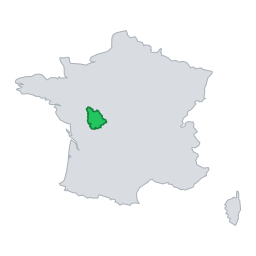 France, with Vienne highlighted
{"feature_id": "FRA-5354", "entity_name": "Vienne", "entity_type": "Metropolitan department", "adm_level": 1, "iso_a3": "FRA", "parent_name": "France", "parent_adm1": "", "projection": "equal_earth", "projection_center": [0.44, 46.607], "detail": "fine", "context": "in_parent", "style": "filled", "palette": "green", "viewbox_px": 256, "rotation_deg": 0, "n_neighbors": 0, "source": "natural_earth", "source_scale": "10m", "svg_char_len": 5939}
<svg xmlns="http://www.w3.org/2000/svg" viewBox="0 0 256 256"><path d="M205.3,98.5L203.5,99.4L202.4,101.2L201.2,101.7L199.1,101.7L198.0,100.5L195.4,101.3L194.4,102.4L196.0,103.8L191.1,109.7L187.9,111.3L187.3,115.1L183.6,118.0L182.2,121.1L182.1,121.7L183.1,122.7L182.8,124.7L180.8,126.0L180.9,127.2L181.5,127.4L184.4,126.4L185.5,125.2L184.9,123.6L187.8,121.6L193.2,122.1L194.0,124.7L193.4,127.0L197.4,131.8L194.1,134.0L194.0,135.5L197.6,140.4L199.9,142.4L198.8,145.6L195.2,147.8L192.8,147.6L191.8,148.1L192.0,149.1L193.7,152.1L197.8,154.0L198.5,156.3L197.4,157.1L195.7,160.5L196.5,162.2L196.2,162.9L196.7,164.1L197.8,165.2L203.4,168.1L208.4,167.6L209.1,169.3L206.2,173.7L206.5,175.8L204.9,175.8L204.7,176.5L201.6,178.0L196.8,182.5L194.5,183.9L193.6,186.2L192.3,187.5L185.1,190.1L183.7,189.5L180.2,189.6L178.0,187.9L173.8,186.9L172.3,184.5L168.4,184.0L168.1,182.4L162.7,183.9L154.9,181.7L152.1,179.3L149.9,180.0L147.9,182.1L139.7,187.6L136.4,193.4L137.2,200.1L139.1,203.4L134.0,202.9L131.0,203.9L130.2,205.3L123.0,203.7L120.3,205.1L119.6,205.0L118.6,203.5L115.1,201.9L115.6,200.8L115.1,199.8L111.8,199.0L110.6,200.0L109.4,198.0L100.0,195.0L98.5,195.0L97.9,198.1L91.9,198.0L91.1,197.4L87.2,198.1L83.1,195.2L78.5,195.8L75.7,192.9L73.0,192.7L69.2,191.2L67.4,190.4L67.2,189.5L66.1,190.8L64.7,190.5L64.3,190.1L65.3,188.5L65.5,186.6L60.7,185.3L59.5,183.9L59.4,183.2L62.0,182.5L64.4,179.9L66.7,170.5L68.4,159.5L69.5,157.4L71.0,156.8L69.8,155.3L68.4,157.3L69.4,147.2L71.1,139.7L75.1,142.8L76.0,144.1L77.1,148.6L79.4,150.5L77.9,148.7L76.5,142.7L75.6,141.0L69.3,136.0L69.1,134.9L71.9,135.5L70.8,131.8L70.2,124.0L66.4,123.2L60.3,119.9L56.2,114.0L55.7,111.8L56.9,109.5L55.9,108.0L54.2,107.0L55.6,105.0L56.8,104.8L61.2,106.0L57.6,104.1L51.8,104.7L49.5,104.1L49.1,102.7L50.7,100.9L48.8,99.8L45.5,100.1L45.1,99.6L46.1,98.3L45.2,97.8L42.5,98.3L41.0,97.9L39.5,96.5L35.2,96.2L34.2,95.3L28.2,93.7L21.9,94.0L20.2,91.1L16.4,89.7L17.2,88.8L21.1,87.9L21.8,87.1L19.1,85.9L18.1,84.8L23.2,84.5L21.0,83.2L16.0,83.3L15.4,81.6L16.1,79.9L19.0,78.3L26.3,76.6L31.5,76.5L35.3,74.5L38.9,74.0L42.4,75.0L47.0,79.9L50.8,77.7L56.4,77.8L57.6,79.0L59.1,76.8L60.3,78.1L67.2,77.7L65.6,76.8L64.3,74.7L64.1,67.0L60.7,61.4L59.9,59.4L60.1,57.6L64.2,58.0L67.6,57.2L69.2,57.7L69.5,61.3L70.9,63.4L80.3,64.0L85.7,65.1L90.3,63.1L94.5,62.2L94.9,61.7L92.4,61.9L90.2,61.0L89.9,60.1L91.0,57.3L97.5,54.2L107.0,51.6L109.5,49.9L112.2,46.7L111.6,45.9L112.0,37.4L113.3,34.6L116.9,32.6L126.1,30.6L127.3,33.3L127.2,34.8L129.7,37.2L130.9,37.9L134.9,36.7L136.8,38.9L137.5,41.4L142.3,42.4L143.8,45.7L144.7,45.0L147.7,45.1L149.1,45.4L151.1,46.8L150.6,48.8L151.5,49.7L150.7,51.6L151.3,52.3L156.9,52.3L158.5,51.5L159.2,49.7L160.9,48.6L161.5,48.9L160.6,52.3L161.4,53.2L161.8,55.6L163.9,55.8L168.1,57.8L171.7,61.0L175.9,60.5L179.4,62.2L182.8,61.3L186.1,62.3L187.3,63.2L190.6,67.8L192.9,66.9L194.6,67.4L195.2,68.7L201.4,67.9L202.6,69.2L203.9,69.7L212.0,71.4L212.2,73.1L207.8,78.0L206.1,85.0L204.8,87.4L204.4,89.2L204.8,90.4L204.7,92.3L203.9,96.9L204.5,98.2L205.3,98.5ZM238.9,195.7L238.6,198.7L239.8,200.9L240.6,209.7L238.4,214.0L238.2,219.2L235.5,225.4L230.7,222.6L229.2,221.1L230.4,218.7L227.6,217.5L228.2,215.2L227.9,214.0L226.0,213.9L225.8,213.3L227.1,211.6L227.1,210.5L225.2,209.1L224.8,207.9L226.5,206.5L225.7,205.3L224.7,205.0L226.9,201.0L228.4,199.8L232.0,198.6L233.5,197.2L235.9,198.0L236.3,197.6L236.8,191.3L237.6,191.2L238.4,192.0L238.9,195.7ZM69.7,132.2L69.1,134.0L66.7,130.9L66.4,129.3L69.7,132.2Z" fill="#d9dde1" stroke="#a8b0b8" stroke-width="1"/><path d="M100.4,127.6L99.2,127.5L98.9,127.7L98.6,128.0L98.1,128.4L97.4,128.6L96.6,128.5L96.1,128.0L96.0,127.7L95.8,127.6L95.6,127.6L95.4,127.7L95.2,127.8L94.9,128.3L95.4,128.6L95.1,129.1L94.9,129.2L94.3,129.0L92.5,129.0L92.2,128.9L91.5,128.5L91.1,128.4L91.1,128.1L91.1,127.9L91.2,127.7L91.1,127.2L90.9,127.1L90.1,126.8L89.9,126.7L89.7,126.5L89.7,126.4L89.7,126.2L89.8,125.9L89.9,125.6L90.5,124.9L90.7,124.6L90.8,124.1L90.7,123.6L90.4,123.4L90.1,123.4L89.8,123.5L89.5,123.7L89.3,124.0L89.1,124.1L88.7,123.9L88.5,123.5L88.3,123.2L88.4,122.8L88.4,122.7L88.0,122.3L87.8,122.0L87.9,121.3L87.8,120.9L87.6,120.7L87.5,120.4L87.5,120.0L87.6,119.9L87.9,119.5L88.3,118.5L88.4,118.3L88.3,118.1L87.9,117.9L87.7,117.7L87.6,117.2L87.7,116.9L87.8,116.6L88.1,116.2L88.2,115.7L88.3,115.5L88.3,115.3L88.2,115.2L87.9,115.0L87.8,114.8L87.8,114.6L87.8,114.0L87.8,113.7L88.0,113.7L88.3,113.7L88.5,113.5L88.5,113.2L88.4,113.1L88.1,112.8L87.9,112.5L87.4,111.2L87.5,110.8L87.5,110.7L87.4,110.5L87.3,110.4L87.0,110.4L86.9,110.3L86.8,110.2L86.7,109.6L86.4,108.9L86.5,108.7L87.1,108.4L87.3,108.3L87.4,108.2L87.5,107.9L87.5,107.7L88.0,107.1L88.3,107.1L89.1,107.2L89.3,107.5L89.5,107.8L89.8,107.9L90.1,107.7L90.2,107.9L90.2,108.0L90.4,108.3L90.6,108.3L90.9,108.2L91.0,108.2L91.1,108.4L91.1,108.5L91.0,108.8L91.0,109.0L91.4,109.2L91.6,109.1L91.9,109.0L92.1,109.0L92.3,109.3L92.7,109.4L92.8,109.4L92.9,109.5L92.9,109.9L92.8,110.3L92.8,110.7L92.8,110.9L92.8,111.1L92.9,111.4L93.1,111.5L93.4,111.5L94.1,111.5L94.8,111.6L95.1,111.5L95.1,111.4L95.3,111.3L95.6,111.2L96.8,111.2L97.1,111.1L97.1,110.9L97.0,110.7L96.9,110.6L96.9,110.4L96.9,110.2L97.1,110.2L98.0,110.7L98.3,110.8L98.5,110.9L98.6,111.1L98.8,111.4L99.1,112.3L100.9,114.7L101.6,115.1L101.9,115.5L102.0,115.6L102.2,116.0L102.3,116.3L102.2,116.6L102.1,116.8L102.1,117.0L102.1,117.4L102.2,117.6L102.3,117.9L102.4,118.1L102.6,118.3L102.9,118.6L103.4,118.8L103.7,118.9L103.8,119.0L103.9,119.4L104.0,119.5L105.1,119.6L105.3,119.6L105.6,119.8L105.8,120.0L105.9,120.3L105.8,120.8L105.8,121.0L106.1,121.3L106.4,121.4L106.6,121.7L106.3,122.5L106.2,122.5L105.5,122.9L105.2,123.0L104.9,123.0L104.6,123.0L104.3,123.2L104.2,123.3L104.0,123.6L103.9,123.8L103.7,124.0L103.5,124.3L103.5,124.5L103.4,124.6L103.2,124.7L102.2,124.7L101.9,124.8L101.5,125.1L101.1,125.5L100.8,125.6L100.5,125.7L100.4,125.7L100.3,125.9L100.4,126.2L100.5,126.4L100.7,126.5L100.8,126.7L100.9,127.5L100.4,127.6Z" fill="#22c55e" stroke="#15803d" stroke-width="1.5"/></svg>